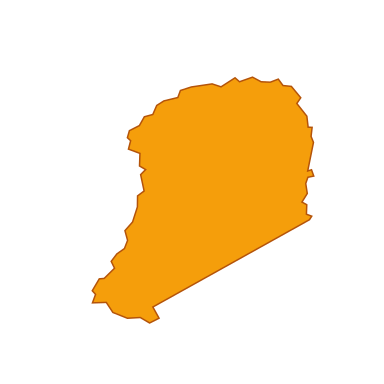 the district of Suwannee, Florida, United States of America, rotated 61°
{"feature_id": "52423323B35502407860174", "entity_name": "Suwannee", "entity_type": "district", "adm_level": 2, "iso_a3": "USA", "parent_name": "United States of America", "parent_adm1": "Florida", "projection": "equal_earth", "projection_center": [-83.03, 30.162], "detail": "fine", "context": "isolated", "style": "filled", "palette": "amber", "viewbox_px": 384, "rotation_deg": 61, "n_neighbors": 0, "source": "geoboundaries", "source_scale": "gbopen_adm2", "svg_char_len": 946}
<svg xmlns="http://www.w3.org/2000/svg" viewBox="0 0 384 384"><g transform="rotate(61 192 192)"><path d="M99.8,141.7L97.6,152.9L102.5,158.6L98.7,172.4L99.2,180.9L105.2,188.7L103.1,197.2L108.4,205.8L108.0,217.0L113.2,222.2L117.4,220.8L123.7,226.8L133.0,218.8L143.8,225.3L149.9,221.7L151.9,228.5L167.9,233.4L169.0,241.5L178.6,247.0L189.4,258.5L193.3,269.4L203.1,271.8L208.7,278.5L209.7,287.7L213.5,296.3L221.1,296.7L225.0,310.7L223.0,315.2L230.0,327.1L234.8,326.0L240.7,332.8L247.0,320.5L259.0,319.6L271.1,309.7L276.7,298.1L286.0,292.6L286.4,282.0L273.6,282.0L273.2,102.7L271.2,99.0L266.9,102.7L258.8,97.8L254.1,100.7L249.2,91.9L239.7,88.4L235.3,83.5L237.1,77.8L230.5,76.7L229.7,80.6L207.5,61.7L201.1,60.9L193.7,55.6L191.6,59.0L181.4,54.8L165.4,57.4L162.3,51.2L147.8,53.9L143.0,60.8L135.1,61.8L133.9,70.3L129.1,78.1L120.9,83.4L118.6,97.0L113.0,99.0L114.1,115.6L107.2,122.0L99.8,141.7Z" fill="#f59e0b" stroke="#b45309" stroke-width="1.5"/></g></svg>